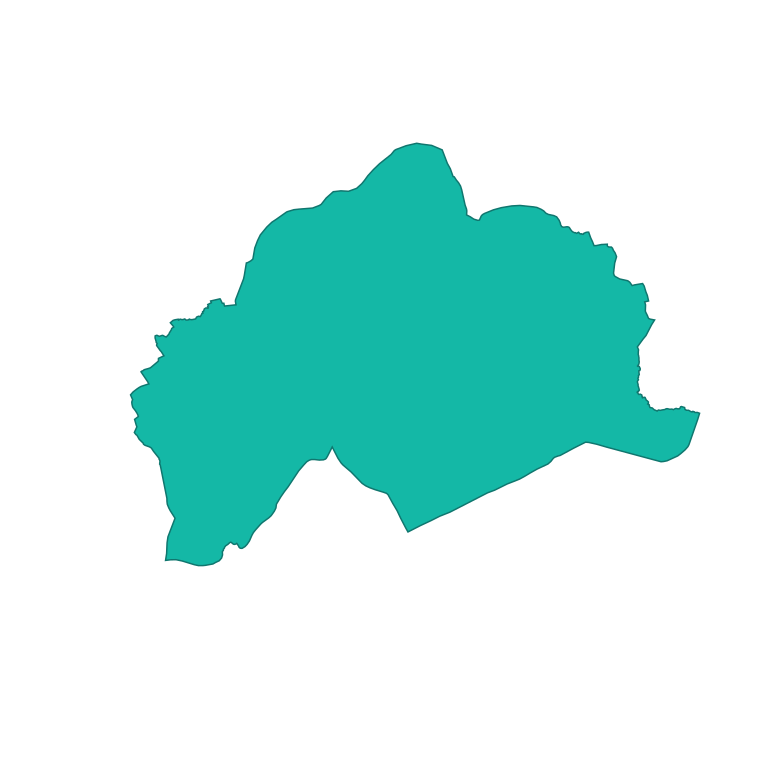 Nong Hong, Buri Ram, Thailand, rotated 152°
{"feature_id": "78962969B41390045790021", "entity_name": "Nong Hong", "entity_type": "district", "adm_level": 2, "iso_a3": "THA", "parent_name": "Thailand", "parent_adm1": "Buri Ram", "projection": "natural_earth1", "projection_center": [102.637, 14.875], "detail": "fine", "context": "isolated", "style": "filled", "palette": "teal", "viewbox_px": 768, "rotation_deg": 152, "n_neighbors": 0, "source": "geoboundaries", "source_scale": "gbopen_adm2", "svg_char_len": 6171}
<svg xmlns="http://www.w3.org/2000/svg" viewBox="0 0 768 768"><g transform="rotate(152 384 384)"><path d="M132.0,422.0L133.3,422.7L134.9,423.1L137.0,423.2L137.3,422.8L138.0,422.7L138.3,423.1L138.8,423.3L138.9,423.8L140.0,424.2L140.2,424.6L140.7,425.0L140.8,426.3L141.0,426.7L143.2,426.6L144.0,427.8L144.5,427.9L145.1,428.6L146.2,430.1L146.7,432.6L146.9,435.1L147.3,435.9L148.5,436.9L151.8,438.1L152.6,438.8L153.2,439.6L153.3,441.8L152.8,443.2L152.5,446.4L153.1,450.5L155.0,453.0L159.3,456.6L160.9,458.9L161.7,461.8L163.2,464.4L166.1,468.1L168.7,470.1L180.1,477.8L187.7,481.3L197.6,484.6L205.6,486.4L215.2,487.4L217.6,487.3L219.4,486.6L222.8,483.9L224.4,484.5L227.3,487.4L229.3,491.1L231.7,494.5L229.6,498.0L229.0,499.8L228.4,503.9L224.2,519.1L223.5,522.9L223.7,526.8L224.4,530.2L224.7,533.9L225.6,534.7L224.4,542.9L224.5,549.0L222.7,563.4L229.9,572.3L238.4,578.3L242.1,581.2L252.6,584.0L263.3,585.4L265.2,585.3L270.0,583.3L284.5,580.6L292.6,578.3L300.4,575.5L305.5,573.0L309.5,571.3L316.3,569.6L324.8,570.8L331.4,574.8L338.5,577.6L347.6,575.4L355.1,572.1L357.4,572.0L364.5,572.9L376.5,578.1L381.7,580.2L388.2,581.5L389.3,581.6L401.8,580.0L407.1,579.5L413.8,577.6L423.2,573.7L428.3,570.0L434.2,564.8L441.1,555.9L443.5,555.3L445.1,555.2L447.6,555.2L448.7,555.5L456.4,545.4L458.7,542.7L475.6,528.0L476.4,526.8L477.5,523.4L488.2,527.7L488.2,527.9L487.5,530.5L488.9,531.1L488.7,535.4L488.8,536.2L498.1,538.7L498.3,536.8L502.3,536.9L502.4,535.4L503.3,535.3L503.4,533.8L503.6,533.6L504.0,533.7L505.0,534.5L505.8,534.8L507.5,534.6L508.3,533.7L509.0,533.3L509.3,532.8L510.2,533.0L510.6,532.6L510.7,532.3L510.6,531.8L510.7,531.5L511.9,531.6L513.4,530.4L514.6,529.8L515.7,530.8L517.4,531.1L518.2,531.0L519.6,530.0L520.7,530.0L521.1,530.4L522.0,530.5L523.8,531.2L524.7,531.9L525.4,532.2L525.5,532.7L526.7,532.5L528.3,533.1L528.9,533.6L529.0,534.4L529.5,534.7L529.7,535.1L531.2,535.2L532.4,535.9L533.6,537.0L535.3,536.8L535.5,537.0L535.3,537.8L538.3,538.8L540.3,539.2L541.8,538.9L543.9,538.4L543.0,534.4L542.9,533.0L545.3,532.7L546.5,531.6L549.5,529.9L550.5,529.0L554.0,527.8L554.3,527.8L555.4,529.1L556.5,530.8L557.2,531.1L559.8,531.5L560.5,532.1L561.5,533.5L562.1,533.8L563.5,533.9L564.5,532.1L565.3,528.3L565.6,527.7L565.3,526.2L566.4,525.3L566.7,524.7L565.9,518.6L565.5,517.2L565.1,512.2L571.1,512.5L572.5,510.1L581.9,508.1L582.9,508.0L584.8,508.3L589.0,509.2L590.6,508.9L592.0,509.1L592.8,508.9L592.8,508.4L591.6,497.2L591.6,494.5L599.5,495.9L601.7,495.9L604.5,495.6L609.2,494.8L612.9,493.4L613.3,488.2L614.7,487.0L615.3,486.2L616.0,484.5L616.6,482.2L616.7,481.0L616.0,477.0L615.8,474.0L615.9,472.0L616.2,470.6L620.8,469.9L622.0,464.4L622.3,462.2L627.2,458.4L626.8,455.8L626.2,454.7L626.1,450.0L624.4,444.8L624.6,443.7L623.8,442.1L620.6,438.6L619.8,437.3L619.5,436.7L619.1,432.7L617.5,424.1L617.9,423.1L617.8,422.0L618.1,421.1L618.5,420.2L619.2,419.5L619.3,419.0L619.7,418.6L619.6,417.6L620.4,414.8L629.4,384.9L630.8,382.1L631.8,379.5L632.2,375.5L632.2,372.4L631.5,363.6L646.5,350.5L650.1,345.6L655.5,336.4L659.7,330.8L655.0,329.0L650.1,326.5L645.2,322.4L636.3,313.5L633.0,310.7L629.4,308.8L627.0,307.8L619.5,305.4L616.5,305.5L612.4,305.3L609.1,306.6L606.8,308.9L605.4,311.9L604.0,312.5L603.3,313.5L601.9,314.1L601.3,314.8L599.6,315.5L597.1,315.7L595.8,316.1L593.9,316.4L593.3,316.0L592.3,313.5L591.8,312.9L591.1,312.5L589.5,312.2L588.8,312.4L588.5,309.5L588.6,307.9L588.1,306.6L587.2,305.9L586.3,305.5L583.0,305.7L580.1,306.7L576.5,308.6L571.7,312.4L569.1,314.1L565.9,315.5L558.6,318.2L556.3,318.8L548.6,319.9L545.5,320.7L543.2,321.8L540.5,323.2L537.6,325.3L535.4,328.4L528.1,332.8L522.5,335.7L516.8,338.3L500.0,347.4L492.8,350.2L488.8,351.6L486.0,351.8L483.8,351.5L480.6,349.8L476.8,347.2L473.1,345.5L471.0,345.2L470.1,345.4L468.0,346.6L459.3,352.7L459.5,340.1L458.9,334.2L458.2,331.6L454.4,321.9L450.0,306.6L447.9,302.6L445.1,298.9L441.5,294.9L435.6,289.0L433.1,286.3L432.4,284.4L432.3,274.3L431.9,265.9L432.3,257.6L432.4,246.8L432.3,242.1L418.4,241.9L406.6,241.3L396.8,241.1L386.0,239.9L343.6,239.3L336.1,238.3L322.1,237.9L313.7,236.9L308.9,236.4L302.5,236.5L297.1,236.8L288.7,237.0L276.8,236.4L273.0,237.3L269.4,238.9L267.7,239.2L264.0,238.7L262.0,238.2L246.7,238.3L233.3,238.0L230.7,236.3L224.5,231.0L217.0,223.7L175.9,185.3L173.5,184.3L170.1,183.3L158.4,182.6L154.8,183.2L149.1,184.5L145.1,186.0L143.2,187.3L123.8,205.3L119.1,210.0L120.7,211.8L122.9,212.9L123.1,213.8L123.7,214.2L124.0,214.8L124.4,214.9L125.1,214.7L126.1,215.7L127.4,217.8L129.4,218.9L129.6,219.5L130.2,220.2L129.6,222.1L132.0,224.5L132.9,224.6L134.2,223.6L135.0,223.5L136.4,224.2L137.5,225.3L138.5,225.5L140.5,225.5L141.6,226.7L143.5,227.5L145.3,229.1L146.0,229.5L147.0,229.7L147.9,229.6L150.8,230.6L152.2,230.9L154.0,232.2L155.4,231.9L155.9,232.3L156.6,233.4L157.4,234.1L158.0,235.7L158.3,236.8L160.2,238.4L160.0,240.1L159.7,240.6L159.6,241.2L160.5,242.5L159.6,242.9L159.0,244.0L159.5,245.7L160.0,246.7L159.8,249.5L160.2,249.7L160.4,250.1L160.9,250.1L161.5,250.4L162.3,250.5L162.3,250.8L161.9,251.2L162.0,252.3L161.6,252.9L161.6,253.5L162.5,254.7L162.9,254.9L163.8,255.0L164.2,256.1L163.9,257.0L164.4,257.6L163.8,258.3L162.7,258.1L162.3,258.5L161.9,258.4L161.4,258.8L161.3,259.5L161.1,259.9L160.9,261.1L160.7,261.7L160.5,263.2L159.9,264.2L159.3,267.0L158.3,267.9L157.4,268.2L157.2,268.7L157.3,269.5L156.9,270.1L156.2,270.4L155.3,272.1L154.3,272.3L153.2,275.2L152.7,276.0L151.8,275.8L150.9,276.6L150.5,277.5L150.4,279.7L150.8,280.1L151.6,280.4L151.7,280.8L151.0,281.0L150.4,281.6L149.8,281.8L148.9,282.8L148.1,284.1L147.7,285.4L146.6,287.4L146.0,289.4L145.8,289.7L145.6,291.0L144.9,291.9L144.5,292.8L143.2,294.7L142.9,297.8L134.5,301.9L129.9,303.8L119.9,310.7L115.0,313.5L118.4,316.2L119.5,317.5L119.6,318.3L119.3,320.8L119.2,324.9L118.9,325.9L115.9,331.1L115.3,334.1L111.4,333.1L109.9,338.6L109.5,342.4L108.3,348.3L108.5,351.3L116.3,353.9L118.7,354.4L119.2,358.4L120.0,360.2L120.6,361.0L126.6,366.1L129.4,370.4L129.8,371.7L129.3,374.1L123.5,382.5L118.9,387.2L118.4,391.2L118.7,394.3L118.5,396.6L118.9,398.1L121.3,399.5L121.8,400.4L122.0,401.0L121.9,401.4L121.2,402.6L126.6,405.1L131.4,406.5L133.6,407.5L133.1,411.8L132.9,415.9L132.0,422.0Z" fill="#14b8a6" stroke="#0f766e" stroke-width="1.5"/></g></svg>